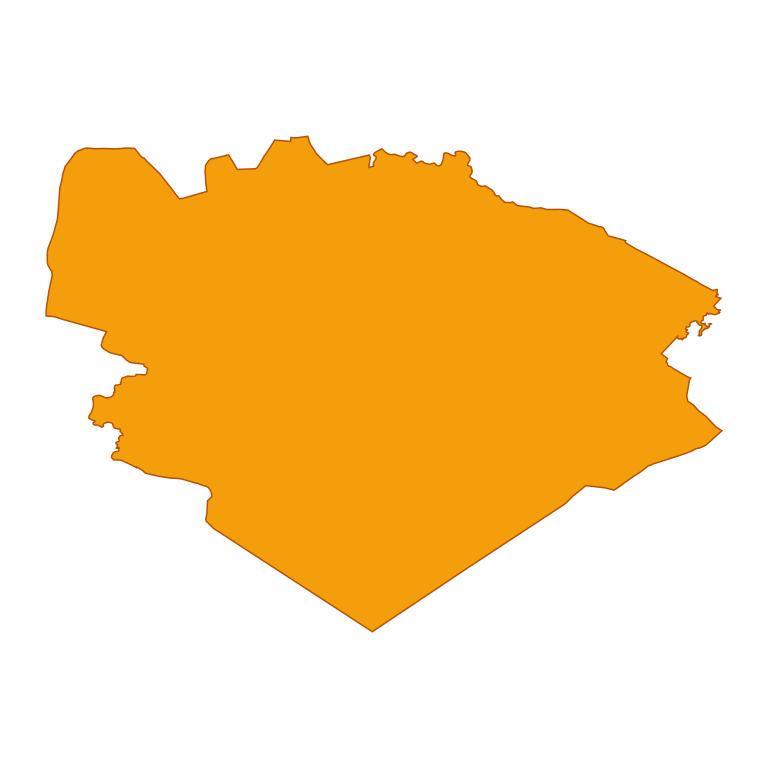 outline of Čornajas pag., Rezeknes, Latvia
{"feature_id": "27541924B53190553604888", "entity_name": "Čornajas pag.", "entity_type": "district", "adm_level": 2, "iso_a3": "LVA", "parent_name": "Latvia", "parent_adm1": "Rezeknes", "projection": "robinson", "projection_center": [27.431, 56.389], "detail": "fine", "context": "isolated", "style": "filled", "palette": "amber", "viewbox_px": 768, "rotation_deg": 0, "n_neighbors": 0, "source": "geoboundaries", "source_scale": "gbopen_adm2", "svg_char_len": 6080}
<svg xmlns="http://www.w3.org/2000/svg" viewBox="0 0 768 768"><path d="M372.3,631.7L467.0,568.3L565.1,503.8L572.6,496.4L585.8,485.6L604.7,487.8L614.2,490.1L622.5,484.4L622.8,483.9L633.1,476.7L640.4,472.0L648.6,465.6L650.1,465.3L653.6,463.8L678.3,455.9L685.5,453.4L691.1,451.3L696.0,448.7L700.4,447.7L705.8,445.2L721.9,430.8L715.8,426.8L705.9,416.3L698.6,410.8L693.1,404.6L692.9,404.8L690.2,402.6L687.7,401.3L687.7,400.8L686.8,396.4L686.9,394.7L689.3,380.9L689.7,379.6L690.7,378.1L688.5,377.3L685.4,375.6L673.6,368.8L670.6,366.5L668.7,366.3L667.6,365.2L667.3,363.1L666.0,361.8L667.5,358.5L661.3,353.8L677.6,336.4L677.8,338.4L678.0,338.7L679.6,339.1L681.0,338.9L682.5,339.7L682.8,339.1L681.9,338.6L682.0,338.3L685.6,337.7L686.2,337.0L687.1,334.6L688.5,333.6L688.6,333.3L688.0,332.7L686.8,332.5L686.2,331.8L686.4,330.8L687.3,330.2L687.3,329.8L686.1,329.5L685.7,329.0L685.9,328.2L686.4,327.7L686.5,326.9L688.4,327.0L689.4,326.4L690.0,325.4L689.7,324.1L690.2,322.8L691.0,322.2L693.5,321.4L695.0,320.6L696.5,321.0L697.5,321.9L697.0,322.3L699.1,324.9L699.7,325.2L701.2,325.3L701.9,326.0L702.0,327.1L701.8,327.7L699.6,330.6L699.2,331.6L699.3,334.5L698.4,335.4L698.6,335.7L700.3,335.7L701.3,335.2L701.6,334.4L701.7,331.9L702.4,330.9L704.9,329.2L705.1,328.3L706.8,328.6L708.5,327.6L709.5,326.6L709.6,324.6L709.8,324.2L712.0,324.0L711.1,323.7L709.1,323.7L709.3,325.0L709.0,326.2L707.1,326.5L705.1,324.9L705.0,323.4L703.1,323.9L700.6,322.6L700.9,322.0L702.1,320.6L703.3,320.1L703.4,319.4L702.9,317.5L703.6,316.2L706.2,315.1L706.6,313.9L707.3,313.0L707.8,313.0L708.2,314.0L708.7,314.1L711.0,313.7L714.1,314.6L715.8,314.5L717.7,313.5L719.0,313.3L719.6,312.5L718.7,312.2L719.0,311.2L719.8,310.6L721.0,310.2L717.2,309.7L713.6,306.1L720.9,298.3L715.7,296.6L715.6,296.3L716.5,296.1L716.6,295.6L717.1,295.2L716.9,294.9L717.0,294.6L717.9,294.6L717.3,293.1L716.8,293.0L717.3,290.9L717.3,289.9L716.9,289.5L716.4,289.5L715.2,290.1L713.8,290.1L713.2,290.7L700.0,283.8L697.9,282.2L692.3,279.3L684.5,274.7L642.1,252.0L636.1,249.1L625.5,242.7L625.1,240.9L625.5,240.6L608.1,235.8L605.6,231.6L604.8,230.7L604.3,229.1L603.6,228.2L602.5,227.4L600.5,226.7L599.3,226.7L588.5,223.2L567.9,210.1L560.2,209.4L547.1,209.5L540.7,207.8L534.7,208.4L533.4,208.3L529.3,207.0L517.9,205.7L516.5,205.0L513.7,202.6L512.4,202.0L510.4,202.6L504.7,202.4L501.3,199.2L499.1,196.2L498.7,195.9L496.3,195.9L495.2,195.1L493.3,191.5L491.2,189.5L485.2,185.9L481.8,186.5L477.7,184.7L477.3,184.1L476.9,182.0L476.5,181.2L474.6,179.9L471.7,178.4L470.0,177.3L469.7,176.3L471.6,173.3L472.0,172.2L472.1,170.6L471.6,168.5L470.9,166.8L468.0,165.4L467.6,164.9L467.6,164.5L468.0,163.3L469.8,160.4L469.9,158.2L466.1,153.1L464.8,152.2L462.3,151.5L458.4,151.2L455.8,151.8L455.1,152.5L455.6,154.8L455.5,155.6L454.7,156.0L451.8,155.3L448.7,153.6L446.9,153.0L445.3,152.9L444.0,153.4L443.7,153.8L443.2,159.7L441.5,163.6L440.3,165.5L438.4,165.9L437.4,165.7L436.3,165.1L434.7,163.2L433.5,163.1L430.8,164.1L429.4,164.2L424.5,163.2L423.9,162.8L422.9,161.6L422.0,161.2L420.4,161.3L417.3,163.0L416.8,163.1L416.1,162.8L415.3,161.7L413.6,160.5L413.0,159.4L416.8,156.8L417.2,156.3L417.1,156.0L415.6,154.9L413.5,154.1L412.3,153.1L410.8,152.3L409.2,152.2L407.0,153.0L406.2,153.5L405.0,155.8L402.5,156.6L398.5,155.7L394.8,154.3L390.7,154.7L388.7,154.1L385.7,152.4L381.8,148.8L376.0,151.9L374.3,153.3L373.5,154.3L373.6,154.9L374.1,155.4L376.3,156.9L375.7,159.3L373.7,162.2L373.4,162.9L373.3,164.7L373.7,166.2L368.8,167.6L368.7,167.4L370.3,157.8L369.4,155.0L327.7,164.7L325.2,162.5L316.6,153.9L310.8,144.9L309.1,141.2L307.9,136.3L297.3,137.7L294.0,137.8L290.9,137.4L290.7,141.4L274.7,140.1L270.1,147.6L263.9,156.5L261.2,161.4L257.2,167.8L255.3,168.8L237.2,169.4L233.7,163.3L228.5,154.9L226.6,155.0L226.3,155.5L211.9,158.8L211.5,158.5L208.6,160.7L205.6,165.3L205.1,171.3L205.9,183.9L207.0,191.4L183.4,198.2L179.2,198.8L170.6,187.5L159.4,173.3L147.0,161.4L143.9,157.9L142.6,157.8L140.6,155.9L134.6,148.4L126.3,148.0L118.8,148.7L114.2,148.9L104.6,148.5L94.1,148.7L86.8,148.0L84.1,148.5L82.1,149.5L77.9,150.9L74.8,153.4L72.2,157.2L65.3,166.2L62.6,174.7L62.3,177.9L59.8,188.3L58.2,211.2L57.4,219.4L52.9,235.8L48.2,247.9L47.3,252.3L47.3,261.2L47.5,263.6L47.9,265.0L48.9,266.9L51.0,270.6L51.8,270.9L52.2,275.7L48.8,291.6L46.5,307.3L46.1,312.4L46.1,316.0L50.1,316.2L54.9,316.8L61.8,319.1L106.6,331.6L103.2,338.1L101.7,343.2L101.2,345.2L102.2,347.5L103.6,348.8L109.9,352.7L121.9,355.6L126.5,360.1L129.5,362.1L132.0,362.7L143.3,364.1L143.8,364.3L144.1,366.1L147.6,368.3L146.6,373.8L144.7,375.1L142.9,374.7L136.7,374.4L136.1,374.5L135.8,375.6L134.8,376.2L132.2,376.4L127.7,376.1L122.9,377.8L122.0,378.5L121.5,379.3L121.3,381.3L120.5,382.6L121.1,383.8L120.7,384.5L119.3,384.4L118.1,385.0L115.7,385.1L114.7,385.9L114.3,388.4L115.0,389.6L114.6,390.5L114.8,392.2L114.0,392.3L113.3,394.9L111.8,396.5L110.3,397.2L107.6,397.8L105.5,397.9L103.3,396.7L100.2,395.5L98.6,395.4L94.1,396.5L93.1,397.3L92.7,398.1L93.3,401.8L93.4,405.6L92.9,408.1L91.3,412.5L89.4,415.3L88.8,416.9L89.0,418.3L89.5,418.7L93.6,420.6L94.5,420.6L95.0,420.9L94.9,421.6L93.3,422.9L93.2,424.1L94.3,425.0L95.9,424.9L97.6,425.2L98.7,425.7L100.2,426.0L101.3,427.1L102.3,427.0L103.4,426.4L103.3,424.7L103.8,423.7L107.4,422.1L110.4,422.5L111.7,423.0L112.6,423.8L113.3,426.4L114.3,427.9L116.4,428.6L119.9,429.1L120.3,429.5L120.1,431.2L120.3,431.5L122.3,433.6L122.4,434.1L122.9,434.3L123.0,435.0L122.6,435.3L120.3,435.7L118.7,437.5L118.6,438.4L119.2,439.8L119.1,441.4L116.5,442.2L115.9,442.9L116.4,443.9L117.6,444.7L117.6,445.2L117.2,445.6L117.7,446.4L116.5,447.6L116.3,448.1L117.4,448.4L118.5,447.7L119.0,447.7L119.1,448.0L118.7,449.0L119.0,449.8L119.0,450.5L118.1,451.3L114.9,451.8L113.8,452.5L112.8,453.4L112.8,454.0L111.8,455.2L111.5,456.6L111.6,457.7L113.3,459.0L113.3,459.8L120.7,460.1L129.8,464.2L136.6,467.7L136.9,467.1L142.2,470.2L145.4,473.2L159.6,476.4L170.3,478.1L177.5,478.4L181.8,479.0L195.1,482.9L198.2,483.4L199.6,484.3L206.5,486.5L208.1,487.2L209.9,489.6L211.1,492.1L212.1,496.3L207.5,500.9L207.0,512.8L205.8,519.6L206.1,521.0L213.5,528.4L372.3,631.7Z" fill="#f59e0b" stroke="#b45309" stroke-width="1.5"/></svg>